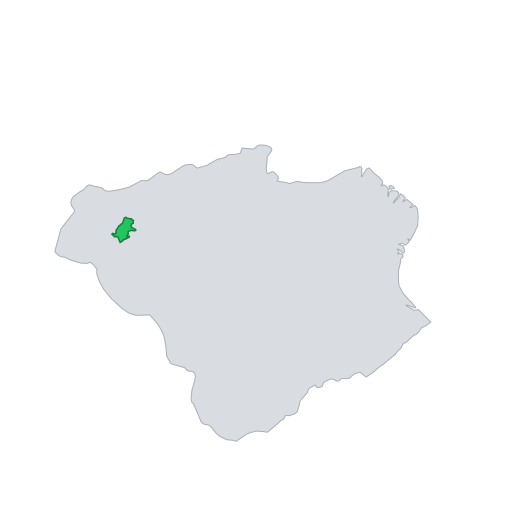 Kaga, Borno, Nigeria (highlighted), rotated 228°
{"feature_id": "59680162B15311652495769", "entity_name": "Kaga", "entity_type": "district", "adm_level": 2, "iso_a3": "NGA", "parent_name": "Nigeria", "parent_adm1": "Borno", "projection": "robinson", "projection_center": [12.335, 11.599], "detail": "fine", "context": "in_parent", "style": "filled", "palette": "green", "viewbox_px": 512, "rotation_deg": 228, "n_neighbors": 0, "source": "geoboundaries", "source_scale": "gbopen_adm2", "svg_char_len": 5240}
<svg xmlns="http://www.w3.org/2000/svg" viewBox="0 0 512 512"><g transform="rotate(228 256 256)"><path d="M393.9,109.4L406.7,129.2L409.3,144.0L410.4,151.2L412.5,152.1L416.5,152.5L419.3,153.9L421.1,156.3L422.1,158.6L422.4,159.9L421.5,168.8L420.6,172.0L421.1,176.3L421.0,178.2L420.5,179.5L418.8,180.9L416.3,182.3L410.6,186.6L409.0,187.2L406.6,187.3L404.5,188.3L402.0,190.6L396.6,199.1L392.1,207.6L388.7,221.3L384.7,225.6L384.0,229.4L383.4,237.9L382.7,240.5L382.1,241.3L377.7,242.9L375.2,244.9L373.7,248.8L371.8,262.0L371.1,264.1L369.7,266.4L367.5,268.9L365.6,270.3L360.6,271.2L355.8,281.1L355.8,282.8L353.7,291.9L350.0,298.7L349.8,303.0L345.2,309.0L342.8,313.1L345.3,317.3L345.5,318.0L337.6,325.2L337.1,326.3L336.8,331.3L336.2,332.6L334.7,334.5L332.6,336.5L330.5,338.0L328.0,339.1L325.7,339.5L324.4,338.9L323.6,337.4L322.3,331.3L321.7,330.0L320.2,328.8L314.1,322.1L310.5,319.7L309.7,319.9L309.1,320.5L308.0,323.9L307.0,325.2L305.1,325.6L301.7,325.6L299.3,325.1L298.7,324.5L297.5,321.8L290.0,327.9L287.4,329.3L284.0,336.5L279.3,340.1L276.0,343.3L267.3,353.1L265.5,356.0L263.8,360.3L260.0,378.8L253.9,390.3L253.1,392.8L252.8,392.7L252.0,393.8L249.6,393.1L248.6,390.9L247.1,390.6L244.6,387.4L244.1,388.0L246.7,395.9L245.8,399.0L238.4,399.1L232.0,400.2L227.6,400.1L225.4,398.9L224.5,396.0L224.1,396.3L223.9,397.9L222.5,399.1L217.6,399.4L215.4,397.3L213.7,395.0L211.8,394.0L212.1,395.0L214.2,397.2L214.0,400.4L210.0,404.1L207.5,404.3L205.9,402.7L205.1,400.1L204.7,396.3L203.7,393.8L203.2,393.8L203.8,397.9L203.9,401.9L205.7,404.9L202.8,405.8L199.4,405.9L198.9,404.8L198.5,402.3L197.9,401.6L197.2,405.9L190.1,407.1L189.1,406.9L188.8,406.1L189.4,404.9L189.3,403.0L187.7,404.5L187.4,407.5L186.5,407.9L183.8,407.5L180.9,406.0L176.1,402.3L170.2,396.2L169.2,393.5L167.6,390.1L164.5,381.0L165.1,380.5L166.4,381.0L167.1,380.2L164.7,379.5L164.1,378.9L164.0,376.8L164.1,374.3L167.8,373.1L168.7,371.5L169.2,370.0L164.6,372.3L160.3,369.7L159.4,368.1L159.9,366.9L164.9,366.8L166.6,365.7L165.5,365.3L163.7,365.3L163.0,364.5L163.0,362.6L162.4,363.1L161.6,364.7L158.7,366.0L157.0,364.7L156.9,362.0L156.5,360.8L155.1,359.8L150.0,352.5L143.7,346.5L138.1,342.3L129.6,340.3L111.7,340.4L110.7,339.9L111.8,338.9L113.4,338.3L119.2,334.9L118.2,334.4L112.2,336.6L110.2,336.8L107.5,340.8L90.0,341.7L90.0,339.8L90.8,334.5L91.9,330.8L90.7,326.4L90.5,322.3L91.2,321.1L91.5,319.6L91.4,309.2L92.3,307.7L92.3,306.6L90.5,302.2L90.6,298.8L90.2,295.5L89.6,294.0L90.4,281.4L90.2,278.3L90.8,276.1L91.1,270.6L91.1,265.3L92.3,256.8L99.9,255.7L101.7,252.4L102.8,248.2L102.5,244.1L104.9,240.5L107.9,237.3L107.8,233.7L108.6,232.6L110.0,231.8L112.0,231.4L114.3,229.6L115.5,226.6L116.8,221.6L114.9,218.2L114.9,217.5L115.7,215.6L116.9,213.8L117.8,213.2L120.0,213.6L120.7,212.9L122.1,207.5L122.0,206.0L120.0,202.4L119.0,192.5L118.4,191.2L116.9,189.4L112.7,182.5L112.8,179.2L114.6,175.0L115.8,173.0L117.4,171.9L117.7,170.9L117.3,169.7L116.5,168.8L116.3,167.0L117.1,164.3L116.9,161.4L117.4,146.6L120.9,143.7L125.9,138.8L128.4,133.8L129.8,130.0L131.6,117.2L134.2,115.8L139.2,111.2L146.0,108.5L150.4,107.7L158.1,108.2L162.0,107.7L165.3,105.2L166.8,104.5L168.9,104.1L188.1,110.7L189.8,110.4L191.3,110.9L193.7,112.6L199.3,118.8L205.2,128.3L207.0,130.3L208.9,131.5L210.8,131.9L212.2,131.7L213.6,130.8L215.4,129.0L218.3,128.2L220.6,128.3L232.5,121.0L233.7,120.9L241.0,122.5L251.0,129.8L259.2,134.6L264.9,136.2L271.7,137.4L283.2,137.7L291.9,127.4L295.1,125.2L299.0,123.2L307.1,121.3L320.5,120.0L333.1,120.5L340.9,122.3L349.1,125.6L352.7,128.9L358.2,129.4L362.2,128.7L363.5,125.6L367.5,121.4L373.6,117.5L378.5,114.8L382.5,113.6L386.1,110.5L389.0,109.5L393.9,109.4ZM218.0,403.5L215.3,404.4L213.6,404.2L216.0,400.0L217.2,400.9L218.8,401.3L218.0,403.5Z" fill="#d9dde1" stroke="#a8b0b8" stroke-width="1"/><path d="M372.4,183.7L369.8,179.0L369.8,178.8L369.7,178.2L370.0,177.1L369.9,175.9L370.0,174.5L370.1,174.4L369.0,170.5L368.9,170.1L368.9,169.5L367.9,168.4L367.2,167.5L366.6,167.4L366.5,167.0L366.6,166.4L366.6,166.2L367.0,165.5L367.6,165.2L367.6,164.5L367.7,164.4L368.0,165.0L368.4,164.9L368.7,164.7L368.7,164.1L368.3,163.9L368.4,163.5L366.1,163.7L365.7,163.9L365.4,163.9L365.0,163.7L364.7,164.3L364.5,164.6L364.2,164.6L363.0,165.8L362.4,166.0L362.1,166.0L360.5,165.4L359.1,164.8L358.3,164.7L358.1,164.6L357.0,164.1L356.7,165.4L356.5,166.6L356.5,167.0L356.6,167.4L356.6,167.8L356.8,168.2L356.8,168.3L356.9,168.5L356.9,168.8L356.6,169.1L356.4,169.2L356.2,169.3L356.1,169.7L356.0,170.0L355.9,170.7L356.0,171.0L355.7,171.0L355.5,171.5L355.4,171.8L355.4,172.1L355.4,172.4L355.3,172.8L355.2,173.1L354.9,173.8L354.8,174.0L354.9,174.7L355.4,174.9L355.6,175.0L356.1,174.4L357.0,173.1L357.2,173.5L357.5,174.0L357.7,174.6L357.7,175.5L357.7,175.8L358.1,175.9L358.4,176.1L358.5,176.2L359.1,176.6L359.4,177.2L359.7,177.6L359.1,179.1L359.1,179.3L358.9,179.9L358.4,180.3L358.3,180.5L358.3,180.8L358.0,180.9L357.8,181.0L357.5,181.2L357.2,181.5L356.9,181.7L356.8,181.8L356.7,181.9L356.6,182.0L356.4,182.3L356.2,182.4L356.1,182.6L355.9,182.8L355.8,183.0L355.7,183.1L355.5,183.7L356.3,184.3L358.8,183.3L360.1,182.9L361.2,182.9L361.6,182.7L363.0,184.8L362.4,186.6L363.6,187.6L364.4,188.7L364.9,188.6L365.5,188.2L367.0,188.3L370.2,185.5L371.8,185.3L372.4,183.7Z" fill="#22c55e" stroke="#15803d" stroke-width="1.5"/></g></svg>